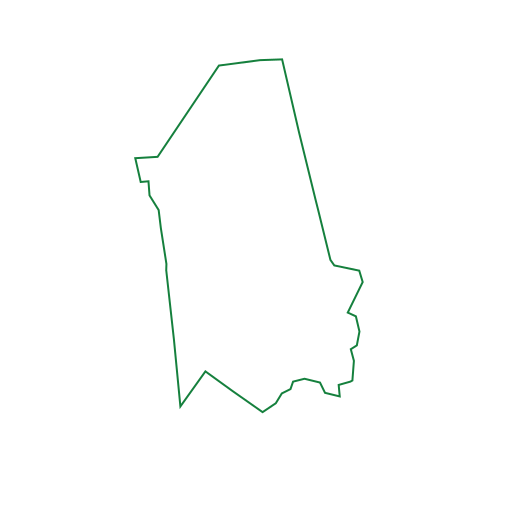 Belknap, New Hampshire, United States of America, rotated 223°
{"feature_id": "52423323B67114126748544", "entity_name": "Belknap", "entity_type": "district", "adm_level": 2, "iso_a3": "USA", "parent_name": "United States of America", "parent_adm1": "New Hampshire", "projection": "robinson", "projection_center": [-71.508, 43.523], "detail": "fine", "context": "isolated", "style": "outline", "palette": "green", "viewbox_px": 512, "rotation_deg": 223, "n_neighbors": 0, "source": "geoboundaries", "source_scale": "gbopen_adm2", "svg_char_len": 680}
<svg xmlns="http://www.w3.org/2000/svg" viewBox="0 0 512 512"><g transform="rotate(223 256 256)"><path d="M101.3,228.5L100.6,230.7L112.9,246.1L123.1,252.5L121.3,259.4L128.8,271.3L141.8,280.0L150.3,277.2L160.2,309.7L170.5,315.7L192.3,302.5L198.9,303.9L241.7,331.9L250.7,337.7L308.9,375.8L371.0,417.6L386.6,402.0L413.0,370.0L395.6,261.4L411.0,245.2L390.8,231.5L385.6,237.3L375.2,227.7L358.5,223.2L344.6,211.5L316.1,189.1L311.7,184.1L311.4,183.9L258.9,138.8L208.7,94.4L214.3,137.1L181.4,141.2L144.7,146.3L141.1,161.8L143.4,173.1L140.0,182.2L143.2,189.4L136.8,199.3L122.9,207.1L112.2,203.0L99.0,210.4L107.6,218.1L101.3,228.5Z" fill="none" stroke="#15803d" stroke-width="2"/></g></svg>